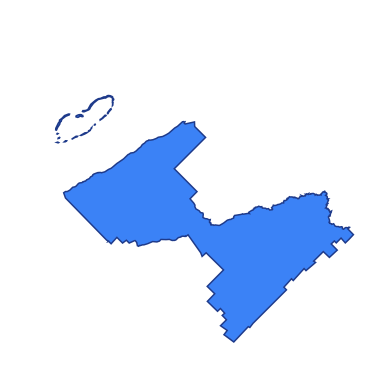 Othón P. Blanco, Quintana Roo, Mexico, rotated 225°
{"feature_id": "50627088B47039366190393", "entity_name": "Othón P. Blanco", "entity_type": "district", "adm_level": 2, "iso_a3": "MEX", "parent_name": "Mexico", "parent_adm1": "Quintana Roo", "projection": "natural_earth1", "projection_center": [-87.878, 18.437], "detail": "fine", "context": "isolated", "style": "filled", "palette": "blue", "viewbox_px": 384, "rotation_deg": 225, "n_neighbors": 0, "source": "geoboundaries", "source_scale": "gbopen_adm2", "svg_char_len": 6079}
<svg xmlns="http://www.w3.org/2000/svg" viewBox="0 0 384 384"><g transform="rotate(225 192 192)"><path d="M55.6,278.4L56.2,278.1L56.7,276.6L58.0,275.8L58.4,274.9L58.5,272.9L59.7,272.4L60.8,273.5L61.6,273.3L63.0,271.4L63.9,271.2L65.5,269.7L66.8,269.1L69.4,269.7L70.3,268.0L70.8,268.2L72.5,267.2L72.8,267.7L73.8,267.6L73.8,268.5L74.9,269.3L77.9,270.8L78.2,271.5L77.5,272.3L77.4,272.8L78.3,273.0L78.1,273.7L79.1,275.1L79.0,275.7L79.9,277.2L80.5,275.4L81.0,275.8L81.9,275.7L82.4,276.3L83.0,276.0L84.0,276.4L84.4,275.6L84.8,275.9L86.2,275.2L86.1,276.3L87.3,277.4L87.2,278.4L87.5,278.5L87.9,277.9L88.3,278.2L88.2,279.4L87.8,280.0L88.8,280.3L89.7,282.7L90.5,282.6L90.8,283.0L90.7,283.6L91.8,282.7L92.4,283.8L93.3,284.4L94.9,284.1L94.6,284.8L94.9,285.3L95.3,285.3L95.3,286.1L96.0,286.4L97.7,286.1L98.7,286.4L99.0,285.5L98.6,285.3L99.4,284.7L99.5,284.1L99.2,282.2L99.4,281.9L98.7,281.1L99.3,280.9L99.8,279.6L101.0,278.9L101.0,278.4L102.5,278.2L102.5,277.6L103.1,277.4L103.0,277.0L103.7,277.3L105.3,276.7L106.8,274.8L106.5,274.5L106.9,273.9L108.1,273.0L108.1,272.5L108.5,272.6L108.6,273.0L109.2,271.4L109.5,271.7L109.8,271.6L109.8,271.0L110.2,270.6L109.7,270.6L110.0,270.1L109.7,270.3L109.2,269.3L109.8,268.8L110.0,268.0L110.9,267.6L110.8,267.3L112.0,266.9L111.5,266.8L111.5,266.3L112.4,265.3L112.1,265.1L112.2,263.8L111.8,263.0L112.4,262.1L113.7,261.9L115.0,260.9L115.3,261.1L115.8,260.4L116.3,260.5L116.4,259.7L117.6,259.4L119.3,257.7L119.8,257.5L119.4,255.5L120.0,255.4L120.2,254.9L120.0,254.0L119.4,254.0L119.4,253.5L120.0,251.7L120.8,251.2L120.5,250.0L119.5,249.1L120.8,247.7L120.9,246.5L121.8,244.6L122.4,244.0L123.0,242.3L123.9,241.0L125.2,240.2L124.7,239.1L124.6,237.1L122.9,236.9L122.7,236.3L124.3,234.2L126.2,234.3L127.2,232.8L128.4,232.6L130.9,230.4L132.3,231.0L132.8,230.0L133.2,230.0L134.3,229.2L134.7,229.2L135.2,227.6L136.4,226.1L136.4,225.4L136.1,225.4L136.6,224.5L136.2,224.2L136.2,223.5L136.5,223.3L136.1,222.1L136.7,221.4L137.5,217.8L137.2,217.4L136.2,217.3L137.3,216.4L140.2,212.4L140.7,212.4L141.4,210.9L145.3,205.5L145.0,204.0L144.2,203.2L144.2,202.7L144.8,201.6L145.1,200.0L145.7,199.6L147.1,197.1L147.7,192.4L148.8,188.2L149.2,187.5L152.3,185.1L153.0,183.9L153.7,183.8L155.3,182.1L155.6,182.1L155.8,182.9L156.6,182.8L157.0,183.4L157.9,182.9L158.5,183.1L158.8,184.2L159.6,185.4L160.3,184.4L162.4,183.7L164.0,182.4L166.2,181.7L168.4,184.3L169.5,184.8L171.4,183.5L173.7,183.8L177.3,182.8L179.7,183.7L180.6,184.8L182.9,185.4L188.6,185.8L188.7,195.8L221.0,195.9L221.0,240.2L236.4,240.2L239.8,243.3L244.9,235.3L246.0,235.1L246.6,236.5L246.9,235.9L247.6,236.0L248.4,234.9L248.7,228.2L249.5,225.0L250.0,217.2L250.8,214.1L252.0,210.5L254.6,206.8L255.1,204.7L256.6,201.3L258.3,199.0L259.3,198.3L259.2,197.8L259.9,196.4L260.2,195.4L260.1,192.9L260.5,191.5L260.6,189.7L260.1,187.9L260.5,184.9L260.5,181.7L261.1,178.7L263.0,176.1L263.2,174.5L263.7,173.2L263.8,167.0L265.3,159.0L265.9,151.8L267.0,148.9L267.9,144.6L269.7,141.5L270.3,141.3L271.8,139.8L272.0,139.1L272.4,139.0L274.1,135.3L274.3,134.0L273.8,133.2L274.4,130.9L274.1,128.9L275.1,126.0L275.0,124.4L275.8,123.4L275.9,122.4L276.4,122.1L276.4,120.9L278.1,118.6L278.3,117.4L278.1,114.3L278.5,112.8L279.7,111.0L279.7,107.0L280.5,104.2L281.8,102.8L282.2,100.7L277.2,98.3L218.3,97.6L216.4,98.2L216.3,97.6L216.0,98.2L212.6,98.2L213.0,106.8L205.0,106.8L204.3,111.5L200.3,111.5L198.2,117.0L197.7,117.5L195.4,117.2L192.6,115.4L191.4,115.9L191.4,116.9L191.0,117.0L189.4,120.0L188.7,120.5L186.7,124.3L184.8,129.1L181.5,131.9L180.3,134.3L180.4,136.5L176.7,140.0L174.5,142.5L171.8,143.7L170.1,145.5L169.5,146.7L169.4,150.1L168.0,152.4L168.2,152.9L167.2,154.4L165.7,155.5L165.6,156.3L164.9,156.3L164.5,158.9L142.9,155.2L139.3,153.6L139.0,159.0L114.6,159.2L114.5,136.0L104.0,136.1L103.8,125.5L89.6,125.7L89.5,129.7L83.2,129.4L83.4,126.1L77.3,126.0L77.3,117.6L69.2,119.0L68.5,113.7L56.4,115.5L57.0,136.6L55.3,137.1L56.0,142.2L56.0,189.6L59.7,189.7L60.3,201.0L57.8,201.0L58.6,217.1L55.8,217.0L54.8,229.6L57.1,229.1L57.0,242.7L48.6,242.9L48.2,253.6L56.8,253.7L56.7,258.0L54.0,258.0L54.0,264.8L47.6,264.4L47.5,269.3L47.7,276.0L55.6,276.1L55.6,278.4ZM319.4,201.1L320.0,200.2L320.2,198.5L321.7,196.7L322.9,193.5L324.2,191.8L325.1,188.7L325.6,182.4L323.9,176.5L325.1,174.1L326.7,172.4L326.4,171.5L325.7,171.7L324.9,172.6L323.1,177.1L323.0,178.4L323.7,180.2L324.4,185.2L323.8,190.9L320.4,196.5L319.5,197.4L319.0,199.7L317.9,201.2L316.1,202.0L316.3,202.9L317.9,202.3L319.4,201.1ZM332.3,139.5L331.6,139.8L331.6,140.1L332.6,142.5L333.4,146.3L334.1,147.4L334.6,148.7L334.4,149.4L335.3,151.1L335.4,152.0L334.8,156.3L333.3,159.8L333.7,160.5L334.5,159.8L336.2,155.9L336.1,152.2L336.5,149.2L335.5,148.0L335.3,146.3L333.4,140.8L332.3,139.5ZM327.1,163.1L325.5,164.0L325.0,165.1L325.1,166.3L323.2,167.4L322.5,168.1L322.5,168.4L322.7,168.5L322.6,168.0L322.8,168.4L324.6,168.6L325.9,167.6L326.9,166.2L327.7,164.2L327.7,163.6L327.1,163.1ZM307.2,185.4L307.8,184.8L307.8,179.9L308.3,178.3L307.8,177.9L307.2,181.0L307.2,183.2L306.9,184.6L306.8,185.3L307.2,185.4ZM308.0,193.6L308.4,193.2L308.0,189.4L307.6,188.0L307.1,187.7L306.8,188.1L307.4,189.8L307.6,193.4L308.0,193.6ZM308.4,159.6L309.6,158.0L310.8,153.3L310.4,153.5L308.9,157.1L308.2,159.4L308.4,159.6ZM312.3,150.5L313.4,149.5L314.5,144.3L314.1,144.8L313.4,147.6L312.2,149.9L312.3,150.5ZM313.9,202.0L312.8,200.2L312.5,200.2L312.6,201.9L313.4,202.4L313.9,202.0ZM316.8,139.6L317.7,138.8L317.8,137.1L317.2,137.7L316.7,139.2L316.8,139.6ZM307.8,164.3L308.4,162.1L307.9,161.4L307.5,163.6L307.8,164.3ZM324.3,137.0L324.8,135.6L324.5,135.1L323.8,136.2L324.0,137.0L324.3,137.0ZM312.1,199.9L312.0,199.4L311.2,198.6L310.7,198.6L310.7,199.2L312.1,199.9ZM321.2,132.7L322.2,132.4L322.7,131.4L321.4,132.1L321.2,132.7ZM315.3,203.0L315.5,202.5L314.6,201.9L315.0,203.0L315.3,203.0ZM328.6,137.5L328.1,137.7L328.0,138.6L328.4,138.4L328.3,138.0L328.7,138.0L328.6,137.5ZM308.4,171.5L308.7,170.9L308.4,170.3L308.0,170.6L308.1,171.4L308.4,171.5ZM308.5,166.7L308.5,165.7L308.3,165.5L308.0,165.9L308.5,166.7ZM310.0,197.8L310.0,197.6L309.4,196.9L309.5,197.7L310.0,197.8Z" fill="#3b82f6" stroke="#1e3a8a" stroke-width="1.5"/></g></svg>